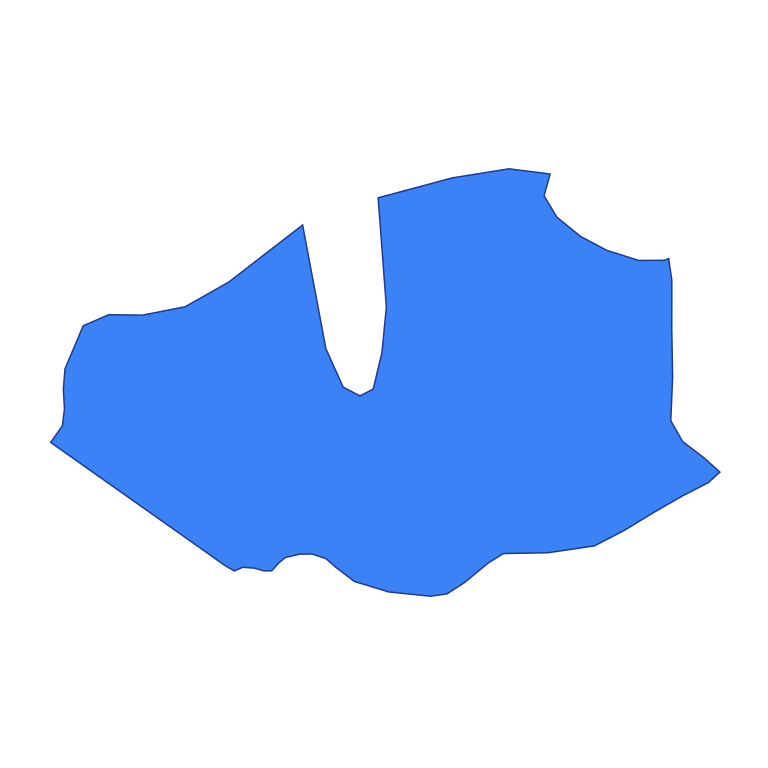 map outline of Struga (Natural Earth projection), rotated 89°
{"feature_id": "MKD-4845", "entity_name": "Struga", "entity_type": "Statistical Region", "adm_level": 1, "iso_a3": "MKD", "parent_name": "North Macedonia", "parent_adm1": "", "projection": "natural_earth1", "projection_center": [20.642, 41.252], "detail": "fine", "context": "isolated", "style": "filled", "palette": "blue", "viewbox_px": 768, "rotation_deg": 89, "n_neighbors": 0, "source": "natural_earth", "source_scale": "10m", "svg_char_len": 985}
<svg xmlns="http://www.w3.org/2000/svg" viewBox="0 0 768 768"><g transform="rotate(89 384 384)"><path d="M198.6,220.7L220.3,208.2L240.0,184.7L254.3,158.8L264.9,127.2L265.2,101.5L263.5,97.2L285.3,94.4L331.9,95.3L382.2,95.3L425.7,97.9L446.7,86.5L463.8,64.9L473.5,54.5L478.0,49.7L483.1,55.6L487.0,60.0L488.1,61.1L501.2,87.7L517.3,116.9L534.4,146.0L549.5,176.4L555.6,223.2L555.6,248.6L555.6,267.6L564.7,282.8L574.8,295.5L583.9,306.9L594.9,324.6L597.0,341.1L592.0,382.9L580.9,417.1L566.8,434.9L557.7,445.0L552.7,458.9L552.7,471.6L555.7,485.5L560.7,491.9L568.8,499.5L568.8,507.1L565.8,517.2L564.8,528.6L568.3,536.9L563.2,545.5L436.6,718.3L420.2,706.3L406.8,704.4L402.9,703.9L383.9,704.7L363.3,702.7L351.4,697.4L320.5,683.7L309.9,657.9L310.9,624.3L303.3,581.5L279.4,537.5L223.6,462.6L347.6,441.5L386.4,424.9L395.5,408.3L388.9,394.9L352.6,385.5L307.2,380.3L197.7,386.6L179.1,312.2L171.0,255.2L171.6,251.4L177.0,214.2L198.6,220.7Z" fill="#3b82f6" stroke="#1e3a8a" stroke-width="1.5"/></g></svg>